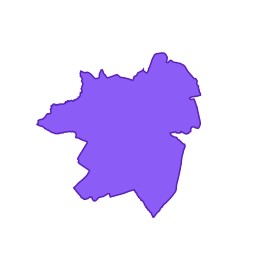 outline of Lubefu, Kasaï-Oriental, Democratic Republic of the Congo, rotated 217°
{"feature_id": "63176286B49230128630829", "entity_name": "Lubefu", "entity_type": "district", "adm_level": 2, "iso_a3": "COD", "parent_name": "Democratic Republic of the Congo", "parent_adm1": "Kasaï-Oriental", "projection": "mercator", "projection_center": [24.451, -4.689], "detail": "fine", "context": "isolated", "style": "filled", "palette": "violet", "viewbox_px": 256, "rotation_deg": 217, "n_neighbors": 0, "source": "geoboundaries", "source_scale": "gbopen_adm2", "svg_char_len": 5796}
<svg xmlns="http://www.w3.org/2000/svg" viewBox="0 0 256 256"><g transform="rotate(217 128 128)"><path d="M150.2,204.0L150.7,203.0L150.8,202.2L150.3,198.9L149.5,195.7L149.1,194.9L148.7,193.7L148.1,191.6L147.5,190.0L147.4,188.6L146.9,187.3L146.2,185.5L146.1,184.7L146.0,183.5L146.2,183.1L146.7,183.0L147.8,183.1L148.8,182.9L150.4,183.2L151.0,184.0L151.0,183.5L151.1,182.8L151.5,181.5L152.9,178.8L153.3,177.9L153.2,177.0L152.9,175.9L152.8,175.1L153.1,174.4L153.5,173.9L153.9,173.0L153.8,171.5L153.5,171.0L153.1,170.4L152.9,169.8L152.8,169.2L153.4,168.6L154.4,168.5L155.0,168.1L155.9,168.0L157.3,167.5L159.2,166.6L161.1,165.9L161.6,165.5L162.5,165.2L163.3,164.5L164.4,164.0L166.3,164.0L168.3,164.1L168.7,164.0L169.3,163.6L171.0,160.9L171.7,159.7L172.4,158.8L172.9,158.0L173.8,156.5L174.3,156.1L174.7,155.7L175.5,155.6L176.4,155.9L178.3,156.7L179.4,156.7L180.4,157.0L182.0,158.1L182.6,158.5L183.4,158.9L183.9,158.8L184.4,158.0L184.1,157.3L183.9,156.4L183.4,154.1L183.2,153.6L182.7,153.0L182.2,152.2L181.8,151.8L181.3,150.7L181.4,150.4L183.5,147.9L184.2,147.7L184.9,147.6L186.2,147.9L187.1,148.1L189.8,148.6L191.2,148.6L192.7,148.5L193.5,148.2L194.2,147.9L194.8,147.2L195.7,146.3L196.0,146.1L196.5,145.8L197.4,145.6L199.4,145.2L200.0,144.9L199.6,144.2L199.3,143.9L199.1,142.9L197.6,141.6L197.3,140.7L196.6,140.6L196.0,140.7L195.1,140.0L194.1,139.7L193.7,139.3L193.4,137.7L193.0,137.2L191.4,136.9L190.5,135.8L189.8,134.4L189.9,133.5L189.2,132.6L189.0,132.0L189.1,131.5L188.9,131.0L188.1,130.9L187.5,130.2L187.2,129.6L186.3,128.9L186.2,128.6L186.3,128.2L187.3,127.7L186.8,127.1L186.6,126.1L185.6,125.3L185.5,124.7L185.7,124.0L185.6,122.9L186.2,122.6L185.7,121.9L185.6,121.6L186.1,120.8L186.6,119.5L187.1,119.2L187.3,118.8L187.0,118.3L187.1,118.0L187.8,117.8L188.0,117.3L187.9,116.5L188.4,116.2L189.2,116.1L190.0,115.8L190.6,114.9L191.0,113.6L191.3,113.6L191.7,113.9L192.3,113.9L192.3,114.0L192.7,113.2L192.2,111.8L192.4,111.5L193.5,111.5L193.6,110.9L192.9,110.0L193.5,109.3L193.7,108.4L196.5,106.3L197.4,105.5L197.8,104.0L198.2,103.9L198.7,104.1L199.4,102.9L200.5,103.0L201.2,102.7L201.9,102.2L202.1,101.5L201.7,100.7L201.8,100.3L202.4,100.1L202.7,99.4L201.0,97.8L200.9,97.5L201.3,96.7L201.3,96.4L199.5,94.8L198.8,93.7L198.7,92.8L200.9,90.8L201.1,89.9L200.8,87.0L201.1,85.7L201.2,84.8L201.2,84.3L203.9,80.8L204.2,79.8L204.1,79.5L203.4,79.0L202.9,77.9L202.6,77.4L202.9,76.5L202.8,76.1L201.9,76.1L201.3,76.5L200.5,76.5L197.0,77.8L195.3,77.8L193.9,77.6L193.2,77.8L192.2,77.7L190.1,78.4L189.7,78.2L189.0,78.5L187.1,78.5L186.6,78.7L185.8,78.7L184.8,79.3L183.3,79.6L182.6,79.9L181.1,80.9L180.8,81.4L179.8,81.8L179.5,83.0L179.1,83.1L178.6,83.7L178.0,84.0L177.7,84.5L177.1,84.9L176.5,86.1L176.0,86.8L175.4,87.1L174.3,88.3L173.8,88.6L172.7,90.1L171.3,90.6L170.6,91.2L170.3,91.9L169.9,91.9L167.7,92.7L166.4,92.2L165.1,91.2L164.6,90.3L164.3,89.2L163.7,89.0L161.7,90.2L158.1,90.7L157.3,90.9L153.9,92.0L153.0,92.2L151.9,92.3L151.6,91.4L151.4,88.6L150.5,80.2L150.6,79.4L149.7,73.1L149.0,72.8L148.2,72.7L147.7,72.3L147.4,71.4L147.1,70.7L146.5,70.5L144.6,70.3L133.3,70.9L132.8,70.0L132.3,65.5L132.7,62.0L133.0,60.2L134.4,54.3L134.7,50.9L135.0,48.9L135.4,47.7L133.9,47.0L132.4,47.0L130.9,46.2L129.2,46.2L128.1,45.6L125.4,45.3L124.3,44.7L123.4,44.4L122.8,44.4L121.6,44.8L120.2,44.6L119.7,44.9L118.3,46.5L117.6,47.7L117.2,49.0L117.1,49.7L116.7,49.8L115.3,51.0L114.6,50.3L113.5,49.7L112.2,49.3L111.2,49.3L110.6,49.8L110.0,50.9L109.7,52.9L109.6,54.7L109.3,55.2L108.5,56.2L106.5,58.5L104.6,63.0L104.0,64.0L103.4,64.3L102.5,63.8L101.9,63.1L100.6,62.3L92.1,73.3L89.0,78.3L88.2,79.3L87.2,80.8L85.8,82.4L85.2,81.9L84.6,82.0L84.0,81.3L83.1,81.4L82.7,81.0L82.0,81.2L81.6,81.1L80.4,80.0L79.0,79.8L77.7,79.0L76.4,79.2L75.8,78.9L75.0,78.8L74.4,78.2L74.0,78.2L73.2,78.6L72.7,78.4L72.1,78.5L71.4,78.3L70.9,77.9L70.1,77.8L68.3,76.5L66.0,76.1L65.8,75.9L65.7,75.4L64.8,75.5L64.2,75.1L63.4,75.2L62.7,74.6L61.5,75.0L61.0,74.5L60.1,74.3L59.6,74.0L58.9,74.2L58.4,74.0L57.9,74.1L57.3,73.3L56.4,72.9L55.7,72.8L54.9,71.9L53.8,72.2L53.7,73.7L53.9,76.6L53.1,81.2L53.4,81.8L53.7,84.0L53.4,84.9L53.5,85.3L53.1,85.9L53.6,86.9L53.3,87.5L53.5,88.0L53.3,88.5L53.5,89.0L52.9,90.0L52.7,91.6L51.9,97.9L51.8,101.2L51.8,104.6L52.0,106.6L52.9,108.6L54.7,111.2L55.8,113.5L56.2,114.7L57.6,117.8L59.5,122.2L60.4,123.9L61.4,126.3L62.2,127.5L64.2,131.9L65.1,133.0L67.8,137.9L68.7,140.4L69.9,142.8L70.9,146.1L71.5,147.9L73.0,149.0L74.8,148.5L80.1,149.2L80.7,149.0L81.7,148.9L82.9,149.6L83.4,149.7L86.2,148.5L87.8,148.4L88.5,148.0L89.1,148.1L89.8,148.6L91.0,148.9L91.4,149.6L89.5,151.3L88.1,153.1L87.7,153.4L87.2,153.5L86.8,153.2L86.4,153.3L85.2,154.0L83.7,155.2L83.3,155.7L83.6,156.7L83.3,157.1L82.6,157.0L82.0,157.4L79.3,157.8L78.2,158.1L77.7,158.5L76.6,160.0L76.4,160.6L76.4,161.6L76.2,162.2L75.8,163.0L77.4,165.1L77.6,167.2L76.5,168.2L75.5,168.7L74.0,168.8L73.0,169.4L72.1,169.7L71.9,169.9L71.7,170.5L71.7,171.3L72.2,173.5L72.7,174.8L75.2,177.4L77.0,178.7L77.9,179.6L82.3,183.3L84.0,184.8L85.9,186.6L86.9,186.6L87.4,187.3L88.1,187.9L90.6,189.6L92.5,190.8L93.3,190.4L94.5,189.0L95.1,188.5L95.8,188.4L96.9,189.0L96.2,190.4L95.9,191.1L95.0,192.0L94.3,192.6L93.2,193.9L92.0,195.0L91.0,196.3L90.8,196.7L90.0,197.5L89.9,198.0L91.4,199.3L92.8,199.8L94.4,201.5L95.0,201.6L96.0,202.5L96.8,203.7L97.4,204.0L99.3,204.3L99.8,204.8L101.0,207.1L103.0,208.0L103.7,208.2L104.6,207.5L105.3,207.1L107.5,207.8L113.9,209.1L118.4,210.9L119.3,211.3L120.7,211.6L121.7,211.6L123.0,211.3L124.0,211.2L125.6,210.8L127.1,210.0L128.0,209.6L129.2,209.2L130.6,208.2L131.6,207.9L133.9,208.0L134.5,207.8L135.1,207.1L135.3,206.0L135.3,204.8L136.2,203.8L136.8,203.6L137.2,204.1L137.6,205.1L138.3,206.6L139.0,207.8L139.6,208.3L141.7,209.3L142.9,209.5L144.1,209.5L145.0,209.0L145.7,208.6L146.3,208.2L149.0,205.3L149.6,204.8L150.2,204.0Z" fill="#8b5cf6" stroke="#5b21b6" stroke-width="1.5"/></g></svg>